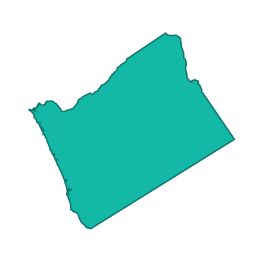 the State of Oregon, rotated 329°
{"feature_id": "USA-3525", "entity_name": "Oregon", "entity_type": "State", "adm_level": 1, "iso_a3": "USA", "parent_name": "United States of America", "parent_adm1": "", "projection": "orthographic", "projection_center": [-121.855, 44.128], "detail": "fine", "context": "isolated", "style": "filled", "palette": "teal", "viewbox_px": 256, "rotation_deg": 329, "n_neighbors": 0, "source": "natural_earth", "source_scale": "10m", "svg_char_len": 5434}
<svg xmlns="http://www.w3.org/2000/svg" viewBox="0 0 256 256"><g transform="rotate(329 128 128)"><path d="M38.7,165.5L39.9,162.4L40.5,159.5L40.7,159.4L40.6,158.8L41.5,155.0L41.3,153.9L41.2,153.5L41.8,152.6L42.2,152.5L42.6,152.2L42.9,152.4L42.9,152.7L42.9,153.5L43.1,153.9L43.3,153.0L43.3,152.7L43.4,152.2L43.6,151.9L43.9,151.7L44.1,151.0L44.7,150.2L45.2,150.0L45.4,150.0L45.5,150.3L45.5,151.3L45.6,151.6L46.4,151.8L47.0,151.8L47.3,151.6L46.6,151.5L46.2,151.1L46.0,150.2L45.7,149.8L45.8,149.5L46.0,149.2L45.7,149.2L45.2,149.3L45.0,149.6L44.1,150.1L44.0,150.7L43.0,151.9L42.8,151.8L43.7,150.2L45.2,146.1L45.5,144.9L45.9,142.7L46.1,142.5L46.7,142.2L47.2,141.4L47.3,141.0L47.5,140.7L47.6,140.3L47.9,140.5L48.1,141.0L49.1,141.3L49.1,141.1L48.8,141.0L48.4,140.8L47.8,139.8L47.4,139.9L47.1,140.2L47.1,140.8L46.8,141.4L46.4,141.8L46.1,141.9L46.8,139.4L47.4,135.6L47.8,132.5L47.9,132.2L48.2,132.0L48.3,131.7L48.0,130.9L48.0,130.5L48.6,125.9L48.6,124.0L48.8,122.9L48.7,122.2L49.0,121.6L49.4,118.9L49.9,118.4L50.1,118.3L50.5,118.8L50.9,119.0L50.7,118.1L50.2,117.8L49.4,118.4L49.5,117.3L49.5,116.2L50.1,112.7L50.5,112.3L50.8,112.4L51.2,113.0L51.3,112.7L51.3,112.2L51.1,112.1L50.9,112.3L50.4,111.9L50.0,112.4L49.9,112.3L50.2,111.3L50.2,111.0L50.1,110.7L49.8,110.6L50.0,110.1L50.3,109.0L50.3,108.3L50.1,107.8L50.0,107.3L50.2,106.5L50.2,105.9L50.5,105.4L50.6,104.8L50.9,104.2L51.0,103.3L51.3,103.0L51.3,102.6L51.2,102.4L51.4,101.4L51.7,99.0L51.5,98.6L51.5,98.3L51.8,97.7L52.2,97.1L52.6,95.5L52.7,93.9L52.5,93.5L52.8,92.2L52.9,90.9L52.7,89.9L52.4,89.7L52.1,89.7L52.5,89.3L52.7,88.9L52.9,88.0L53.1,87.3L53.0,88.4L53.4,88.1L53.7,87.6L54.0,87.2L53.2,86.7L52.8,86.1L52.9,84.7L53.2,84.1L53.3,83.0L53.4,82.8L53.5,83.8L53.6,84.6L54.0,84.8L54.1,85.1L54.6,85.4L54.6,85.2L54.8,84.6L54.7,84.0L54.5,83.8L54.5,83.4L54.6,82.7L53.9,82.9L53.2,82.2L53.6,80.7L53.6,79.9L54.1,79.5L54.1,78.8L54.2,78.6L54.4,78.6L54.9,78.8L55.0,78.7L55.2,78.4L54.9,78.5L54.7,78.4L54.4,78.0L54.2,78.1L54.1,78.4L53.9,78.5L53.9,79.3L53.7,79.5L53.8,78.3L53.7,77.4L53.6,77.1L53.2,76.9L53.1,76.6L53.2,76.3L52.9,76.3L52.8,76.1L53.2,75.7L53.2,75.2L53.4,74.6L53.5,72.8L53.5,72.0L53.3,71.3L52.8,70.7L53.0,70.4L53.4,69.8L54.1,69.4L54.3,68.3L54.1,66.2L53.8,65.0L53.0,62.4L52.4,61.4L52.5,61.3L52.8,61.2L53.1,61.6L53.0,61.8L53.2,62.1L53.5,62.1L53.9,62.3L54.5,62.8L54.6,63.1L54.9,63.1L55.0,63.5L55.7,63.8L56.4,63.7L56.6,63.9L56.8,64.2L56.9,64.8L56.9,65.2L57.2,65.6L57.1,64.3L57.6,64.5L57.6,64.3L57.0,63.6L56.8,63.4L56.2,63.4L55.9,63.1L55.8,62.9L56.0,62.8L56.7,62.9L57.2,62.7L57.9,62.4L58.8,63.5L59.2,63.5L61.3,63.1L61.6,62.9L61.1,62.7L61.4,62.3L62.0,62.4L62.9,61.8L63.0,61.6L63.4,61.6L64.1,61.7L64.4,62.1L65.1,62.8L65.3,63.4L66.2,64.4L67.5,64.7L68.1,64.6L68.6,64.9L69.1,64.9L69.6,64.8L70.2,63.9L70.8,63.5L72.3,63.3L72.7,63.4L73.0,63.7L74.0,64.5L74.7,64.6L75.4,64.9L76.1,65.3L76.6,65.8L77.0,66.3L77.4,66.9L77.7,67.7L77.9,68.9L78.9,69.9L79.0,70.5L79.1,71.9L79.5,73.0L79.4,74.2L79.4,74.9L79.9,75.8L80.0,76.1L79.8,77.4L79.9,78.7L80.0,79.4L80.2,79.9L80.6,80.4L81.1,80.8L81.7,81.1L83.4,81.5L84.3,81.2L84.6,81.3L85.3,81.6L86.5,82.0L87.1,82.3L89.0,82.4L90.8,83.1L91.2,82.9L91.6,82.7L93.2,82.2L97.2,80.7L98.1,80.1L99.6,78.8L100.5,78.3L101.2,78.2L102.8,78.5L106.1,77.9L112.7,78.5L113.7,78.9L114.2,79.3L114.9,80.9L115.3,81.2L115.7,81.2L117.8,80.2L118.7,80.3L119.4,80.3L119.9,80.5L120.9,80.6L122.2,80.2L123.4,79.3L124.9,79.0L126.0,78.6L126.1,78.3L126.2,78.1L126.8,77.7L127.0,77.7L130.4,78.3L130.6,78.2L131.3,77.9L132.5,78.1L134.3,77.2L135.3,77.4L135.6,77.3L136.3,77.0L136.8,76.6L137.5,75.9L137.9,75.6L138.9,75.4L142.1,74.0L148.0,72.8L149.0,72.0L149.6,71.2L149.9,71.0L150.5,70.9L152.0,70.9L155.0,70.2L160.5,70.0L161.5,69.4L162.4,68.3L209.0,66.0L209.3,67.1L210.0,68.8L211.4,70.1L211.9,71.0L213.5,71.3L214.2,72.0L215.6,72.7L216.5,72.8L217.1,73.4L217.5,74.0L217.9,75.3L218.8,76.8L219.0,77.4L219.1,78.1L219.0,78.7L218.7,79.2L218.0,80.2L217.6,81.3L217.5,82.3L216.6,83.7L216.3,84.8L215.6,85.7L215.3,86.3L215.3,87.0L215.3,88.3L214.9,89.4L214.6,91.4L214.2,92.6L211.9,96.8L211.9,97.1L212.0,97.4L212.3,97.9L212.3,98.6L212.1,100.1L212.0,100.7L211.5,101.8L210.5,103.9L209.8,104.7L208.5,105.7L208.1,106.2L207.9,106.7L207.3,108.3L206.8,109.5L206.6,110.2L206.5,111.4L206.3,112.0L206.1,112.6L205.8,113.0L205.3,113.2L205.1,113.4L205.1,113.8L204.6,114.4L204.9,115.2L204.6,116.4L204.5,117.2L204.6,117.5L205.0,118.2L205.1,118.6L205.0,119.6L205.2,120.2L205.5,120.6L206.5,121.2L207.0,120.4L207.3,120.3L207.6,120.3L208.2,121.1L208.6,121.2L209.9,120.8L210.2,120.8L210.3,121.1L210.4,121.8L210.6,122.2L210.7,122.4L211.6,122.9L212.1,123.3L212.2,123.6L211.9,124.2L211.9,125.0L211.9,125.3L211.7,125.7L211.5,125.8L210.8,125.9L210.6,126.2L210.7,126.7L211.3,127.7L211.5,128.4L211.5,128.7L211.3,129.6L211.2,130.9L211.0,131.9L211.0,132.7L210.7,133.4L210.5,133.8L210.0,134.3L209.7,134.8L209.9,135.5L210.1,136.2L213.4,192.5L44.3,195.1L44.3,194.9L43.8,194.5L43.0,193.6L42.5,193.5L41.6,192.1L41.2,191.9L41.0,191.4L41.2,190.8L40.9,190.2L41.0,189.4L40.7,188.7L40.7,188.0L40.3,187.4L39.9,187.1L40.0,185.6L39.5,184.5L39.6,183.9L39.7,183.5L39.7,182.4L39.8,181.6L39.5,181.0L39.9,180.6L40.0,179.4L40.3,178.5L40.6,177.0L40.6,176.4L40.5,176.1L40.6,175.5L40.3,174.0L40.0,173.7L39.4,173.2L39.1,172.7L39.0,171.8L38.5,171.6L38.2,171.6L38.0,171.2L37.7,169.4L37.5,169.0L37.3,168.7L36.9,168.5L37.3,168.1L38.7,165.5ZM64.2,60.9L64.4,61.0L65.0,61.6L65.2,62.1L65.1,62.3L64.5,61.9L64.3,61.5L64.2,61.1L64.2,60.9Z" fill="#14b8a6" stroke="#0f766e" stroke-width="1.5"/></g></svg>